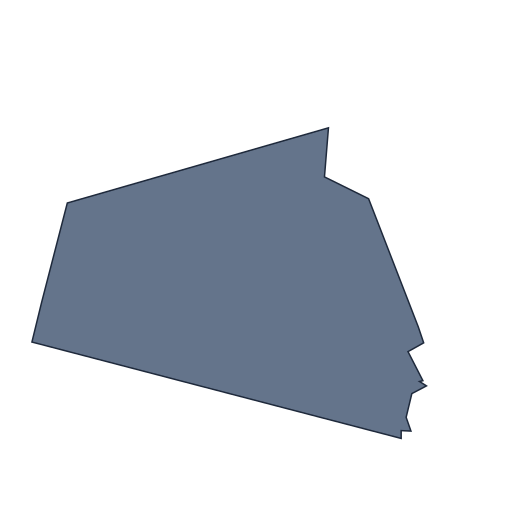 the district of Brown, Texas, United States of America, rotated 284°
{"feature_id": "52423323B78869774166833", "entity_name": "Brown", "entity_type": "district", "adm_level": 2, "iso_a3": "USA", "parent_name": "United States of America", "parent_adm1": "Texas", "projection": "albers", "projection_center": [-99.046, 31.764], "detail": "fine", "context": "isolated", "style": "filled", "palette": "slate", "viewbox_px": 512, "rotation_deg": 284, "n_neighbors": 0, "source": "geoboundaries", "source_scale": "gbopen_adm2", "svg_char_len": 383}
<svg xmlns="http://www.w3.org/2000/svg" viewBox="0 0 512 512"><g transform="rotate(284 256 256)"><path d="M118.3,59.4L114.1,441.0L121.7,439.1L123.6,448.7L135.8,440.7L160.2,440.5L171.2,452.8L173.8,445.0L175.4,448.1L200.0,426.6L212.3,439.7L226.5,430.6L338.8,351.4L349.3,303.3L397.9,295.3L261.8,60.1L159.1,59.2L118.3,59.4Z" fill="#64748b" stroke="#1e293b" stroke-width="1.5"/></g></svg>